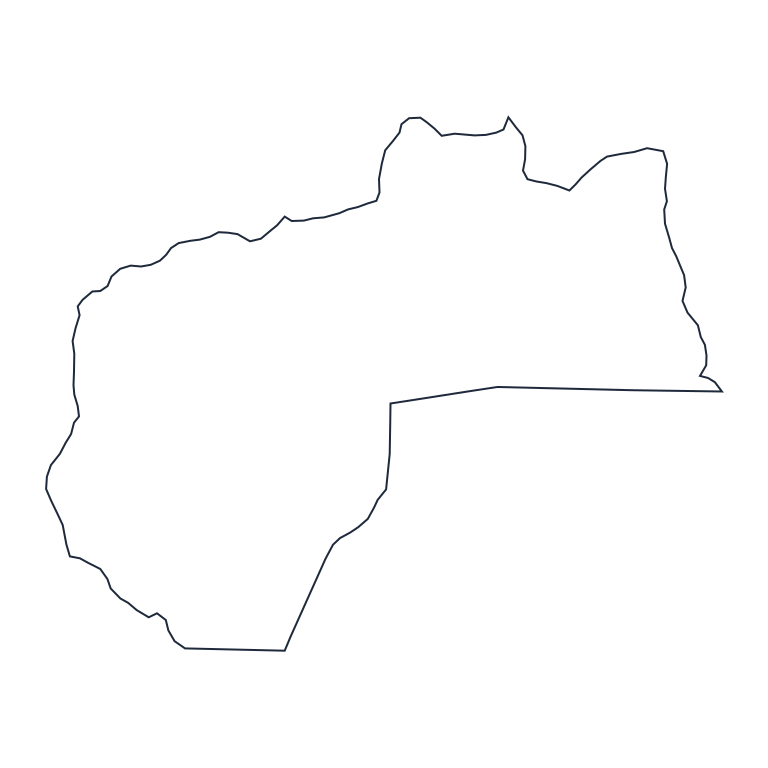 Corumbataí, São Paulo, Brazil
{"feature_id": "56859067B67739189457030", "entity_name": "Corumbataí", "entity_type": "district", "adm_level": 2, "iso_a3": "BRA", "parent_name": "Brazil", "parent_adm1": "São Paulo", "projection": "orthographic", "projection_center": [-47.609, -22.243], "detail": "fine", "context": "isolated", "style": "outline", "palette": "slate", "viewbox_px": 768, "rotation_deg": 0, "n_neighbors": 0, "source": "geoboundaries", "source_scale": "gbopen_adm2", "svg_char_len": 1852}
<svg xmlns="http://www.w3.org/2000/svg" viewBox="0 0 768 768"><path d="M74.0,371.6L73.5,385.3L74.3,394.6L77.7,406.0L79.0,416.4L74.0,422.7L71.1,434.0L65.6,442.9L59.9,453.8L50.9,465.1L46.9,476.7L46.1,489.0L51.1,500.6L57.6,514.1L62.7,525.0L66.4,544.5L69.9,556.4L79.9,558.3L88.2,562.9L100.3,569.0L107.4,579.0L110.7,588.5L120.4,598.5L128.2,602.9L136.7,610.1L148.7,617.3L157.0,613.3L165.8,620.0L168.4,630.5L174.6,641.2L185.0,648.4L284.7,650.7L290.6,636.6L325.5,558.8L333.0,544.7L340.1,538.0L350.1,532.6L358.2,527.2L367.8,518.9L374.0,507.7L377.7,499.8L386.1,489.4L389.7,454.1L390.2,425.6L390.5,403.5L470.9,391.0L497.1,387.0L631.5,390.2L721.9,391.5L714.9,382.2L708.1,378.0L700.0,375.9L706.2,365.3L706.5,355.5L704.9,344.8L700.8,337.1L697.9,325.3L687.5,312.6L682.5,300.9L685.7,287.5L684.1,275.2L676.2,256.2L672.0,248.1L669.2,237.8L665.0,223.7L664.2,209.5L666.9,201.2L665.0,188.8L665.8,177.5L667.1,163.8L663.2,151.2L647.1,148.2L634.1,152.0L621.1,153.9L607.0,156.6L600.6,160.8L590.7,169.2L581.6,177.5L575.5,184.5L569.4,190.5L557.3,185.9L546.4,183.1L536.5,181.5L527.5,179.2L523.0,170.6L525.1,159.2L525.4,146.2L522.5,135.3L516.0,127.4L508.4,117.3L503.5,129.5L496.3,132.6L485.9,134.9L474.5,135.4L454.7,133.7L441.7,135.8L434.5,128.6L426.7,122.2L420.4,117.7L409.1,118.2L401.5,124.2L399.5,132.6L393.2,140.7L385.2,150.3L381.9,163.3L379.0,179.0L379.5,192.5L376.4,200.8L367.8,203.4L357.7,207.1L348.1,209.4L339.3,213.2L324.2,217.4L313.1,218.3L303.9,220.6L291.7,221.0L284.7,216.6L277.2,225.2L271.2,230.1L260.9,238.7L250.0,241.3L237.5,234.1L227.9,232.7L218.6,232.2L210.0,236.8L199.9,239.6L190.3,240.8L178.6,243.1L171.0,248.1L166.1,254.9L159.9,260.7L150.7,264.8L141.1,266.5L130.7,265.6L120.2,268.8L111.5,276.5L107.6,286.0L100.3,291.0L92.3,291.5L82.5,299.9L77.7,306.4L79.6,315.2L75.6,328.0L72.6,341.0L74.3,353.7L74.0,371.6Z" fill="none" stroke="#1e293b" stroke-width="2"/></svg>